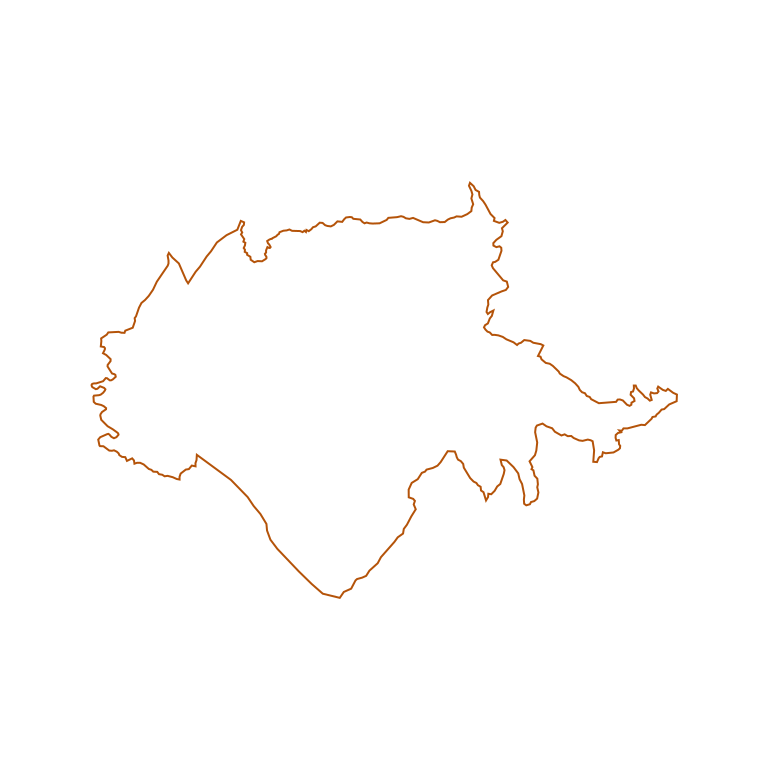 Mohlakeng, Maseru, Lesotho, rotated 289°
{"feature_id": "5366337B47747757162469", "entity_name": "Mohlakeng", "entity_type": "district", "adm_level": 2, "iso_a3": "LSO", "parent_name": "Lesotho", "parent_adm1": "Maseru", "projection": "robinson", "projection_center": [27.612, -29.479], "detail": "fine", "context": "isolated", "style": "outline", "palette": "amber", "viewbox_px": 768, "rotation_deg": 289, "n_neighbors": 0, "source": "geoboundaries", "source_scale": "gbopen_adm2", "svg_char_len": 6166}
<svg xmlns="http://www.w3.org/2000/svg" viewBox="0 0 768 768"><g transform="rotate(289 384 384)"><path d="M602.2,399.8L599.1,399.8L595.0,403.8L592.0,405.9L587.9,406.2L583.0,409.8L579.4,409.5L575.9,410.3L571.7,407.4L567.4,402.9L566.1,398.0L564.3,396.2L562.3,392.9L560.2,390.8L556.9,388.7L555.2,384.2L555.6,381.3L555.4,378.9L551.3,373.8L549.7,368.3L550.5,357.4L548.4,354.3L547.8,350.7L548.4,348.0L548.2,345.5L546.0,342.0L542.5,334.0L540.0,333.1L534.5,327.5L532.0,321.0L531.2,317.9L531.0,315.0L529.6,313.3L530.2,310.9L531.8,308.0L530.2,301.2L531.2,299.3L530.8,297.4L529.1,293.9L526.8,292.7L523.7,291.7L522.6,287.0L518.1,284.8L515.7,282.4L515.0,279.0L515.0,276.6L516.3,273.5L515.6,270.7L510.8,268.1L509.1,265.8L506.7,264.9L504.0,263.1L504.4,260.5L502.3,260.7L503.0,258.8L501.1,257.6L501.3,254.9L498.9,247.2L499.3,244.3L497.5,241.9L496.2,239.0L493.5,235.8L491.7,235.8L490.5,234.8L488.6,234.0L485.4,230.9L484.7,230.7L484.2,229.6L482.9,228.3L481.1,227.0L479.2,228.6L478.6,230.0L476.6,232.2L475.6,231.9L475.2,231.1L475.5,229.2L471.9,229.0L469.9,229.7L468.3,229.0L467.4,229.6L466.0,231.4L464.8,231.9L463.6,231.4L460.3,228.7L459.1,224.5L456.9,221.7L458.1,217.5L460.8,216.2L461.6,212.5L463.2,212.0L463.6,209.3L465.7,208.8L466.9,207.1L469.8,207.4L472.4,206.9L472.8,204.7L475.5,204.7L478.9,200.1L481.1,200.6L482.9,198.7L486.4,198.7L488.8,199.7L491.3,199.1L491.6,195.5L482.1,195.1L473.5,186.7L463.4,179.9L453.1,177.2L446.8,174.8L435.0,171.8L428.9,169.4L415.4,166.0L417.5,163.3L431.2,150.8L434.7,142.7L437.9,137.9L435.0,137.6L430.7,140.0L427.8,141.0L425.5,141.0L406.8,135.9L397.9,134.9L390.7,132.9L385.6,130.7L381.7,128.3L376.4,127.5L367.2,127.5L365.1,126.8L362.6,128.1L355.4,128.1L350.2,122.0L347.9,122.0L347.0,119.0L346.9,116.1L343.0,106.5L340.4,105.8L335.0,101.7L332.5,102.8L327.3,104.0L327.8,107.3L327.0,108.5L325.7,108.8L321.6,108.3L321.0,111.9L318.5,117.4L316.6,118.0L312.1,116.5L310.6,116.9L305.4,123.4L305.5,125.8L305.2,127.0L303.5,128.0L299.9,126.0L298.6,124.7L298.2,123.5L299.3,120.2L299.0,119.0L295.2,117.5L290.9,111.7L290.0,109.3L289.1,108.1L288.3,107.8L287.2,108.1L286.1,109.2L285.3,113.2L286.2,114.6L289.4,116.3L289.2,120.6L288.3,122.3L286.9,122.2L284.3,121.3L281.7,119.6L280.6,118.1L278.6,113.6L277.5,113.4L272.6,115.4L271.5,117.8L272.1,123.4L271.8,126.2L270.7,129.1L269.6,129.4L265.7,126.5L263.1,125.8L261.8,126.0L258.1,128.3L254.1,136.4L252.9,142.2L251.4,147.2L250.8,148.7L249.6,149.5L246.6,148.3L244.8,146.3L245.3,143.4L246.8,140.8L247.1,139.6L246.3,138.4L241.3,133.0L238.4,131.9L233.2,135.0L232.8,135.7L233.8,139.0L231.6,145.9L232.3,148.5L233.4,150.3L233.0,153.4L232.0,155.7L230.6,156.9L229.8,160.0L230.6,163.2L227.6,166.0L231.7,170.1L230.3,172.5L227.4,174.0L229.0,176.0L230.1,179.0L229.7,183.0L227.1,189.3L227.1,192.0L226.0,194.4L227.1,198.2L225.5,200.6L226.0,203.9L225.3,206.6L226.7,209.3L227.1,214.6L226.7,219.0L227.1,221.8L229.7,220.9L233.1,220.9L238.6,224.5L240.0,227.2L244.3,228.8L244.8,232.6L247.8,231.5L251.0,231.5L256.1,230.1L243.5,270.5L232.7,291.9L226.2,300.5L220.9,309.4L213.4,318.4L207.4,321.1L199.8,327.3L193.4,336.8L179.1,364.4L171.3,380.9L165.8,394.4L167.4,411.8L174.3,413.7L179.8,419.6L189.0,421.0L190.8,422.0L193.8,426.4L196.8,429.6L202.8,431.0L212.5,436.4L219.3,437.5L238.2,445.3L243.5,446.9L248.8,450.7L253.4,449.9L258.4,451.5L267.6,452.9L275.9,454.8L279.8,451.3L283.5,451.3L284.9,449.0L284.9,444.3L292.2,441.7L299.5,442.4L305.0,446.9L312.3,448.7L314.5,451.3L316.9,452.1L320.5,457.5L324.2,461.2L328.6,463.0L341.2,466.1L343.2,472.9L340.6,475.2L338.5,476.6L336.6,478.6L336.1,481.7L334.2,484.9L330.9,486.7L323.1,496.1L320.9,500.5L320.5,503.6L318.9,505.7L318.3,508.8L314.9,510.4L314.1,513.3L307.1,518.4L311.0,519.2L314.2,518.4L314.7,521.3L319.0,523.4L324.0,524.4L327.3,526.5L338.0,526.5L341.8,526.0L344.3,524.2L345.7,521.8L350.4,518.8L351.6,524.9L347.6,533.5L343.2,540.0L338.1,543.2L334.4,547.1L324.3,553.0L320.2,553.9L316.4,555.5L315.6,558.0L317.8,561.1L320.2,561.4L322.2,564.2L325.5,566.1L331.7,565.3L336.3,562.5L339.2,562.2L344.4,559.8L346.3,556.2L351.0,553.4L351.5,551.2L353.7,551.4L358.3,546.8L365.8,549.9L370.6,549.7L378.6,547.9L387.6,542.6L392.1,541.6L394.5,542.1L398.2,546.8L396.9,551.4L396.9,557.4L394.5,561.1L393.1,568.5L395.2,571.2L394.5,574.7L395.8,578.0L394.7,580.9L394.2,586.8L394.9,590.3L397.8,594.8L398.1,597.7L397.8,599.9L389.6,604.3L378.6,607.2L379.5,610.8L383.7,611.1L385.3,611.7L386.5,613.7L390.7,613.2L390.7,616.2L394.0,623.3L398.2,627.0L400.0,628.0L402.4,627.5L403.5,625.9L407.4,624.2L406.2,622.1L408.5,620.5L411.2,619.7L413.9,621.2L415.5,623.8L416.7,621.7L417.2,624.1L420.0,624.9L421.2,628.5L429.2,640.5L430.1,644.1L438.2,648.3L440.2,648.6L441.8,651.4L443.8,651.7L446.2,653.2L450.2,654.8L451.5,657.1L457.5,660.3L463.0,666.3L469.4,664.4L469.8,660.3L471.8,654.0L469.2,652.7L469.2,649.6L470.8,644.1L468.7,643.9L466.3,646.0L464.3,645.2L463.0,642.3L463.0,639.2L460.6,639.2L456.1,642.3L454.8,640.8L456.1,637.9L456.6,635.0L458.3,632.4L460.8,627.0L462.3,624.4L464.5,622.5L463.9,620.7L461.2,621.8L458.0,621.9L456.8,620.2L454.1,620.7L451.9,625.1L449.5,626.4L446.9,624.1L444.9,624.6L443.3,623.3L443.5,620.5L446.2,615.2L446.2,612.1L445.3,610.0L442.7,609.3L435.8,593.4L437.1,584.8L438.7,582.7L438.7,579.6L440.7,577.0L440.7,573.9L442.2,571.0L444.6,568.7L446.9,564.5L448.6,559.8L449.7,554.4L449.9,551.2L451.1,546.8L452.6,545.2L456.1,537.7L457.1,534.1L456.6,530.1L458.6,524.9L460.8,523.1L460.6,520.5L472.3,522.1L472.7,519.2L471.6,511.7L472.4,508.3L471.2,502.3L467.6,500.1L466.1,498.1L464.2,497.1L465.6,492.9L466.1,485.1L467.2,481.0L467.2,476.3L466.5,472.6L465.6,470.3L467.2,467.2L467.2,464.8L468.5,462.2L470.1,460.1L472.5,460.4L475.1,462.5L480.4,462.7L483.5,463.8L489.1,463.5L486.4,460.9L484.0,459.4L485.5,457.5L490.0,456.8L493.0,456.8L497.2,455.0L502.9,457.4L509.8,465.0L512.6,468.6L516.2,469.8L520.8,466.8L520.8,462.9L529.0,449.3L531.3,447.2L534.6,447.5L535.6,449.3L538.7,451.7L548.2,451.7L551.0,450.5L551.8,448.4L550.0,445.7L550.5,442.4L552.8,441.5L556.9,443.3L562.0,446.9L567.1,446.6L569.7,444.8L576.9,448.4L578.6,445.4L576.1,443.6L573.9,440.5L574.0,434.8L576.9,434.5L579.4,429.4L586.6,421.6L589.2,418.2L591.5,414.0L593.8,412.5L596.6,411.3L597.3,407.4L600.2,404.4L602.2,399.8Z" fill="none" stroke="#b45309" stroke-width="2"/></g></svg>